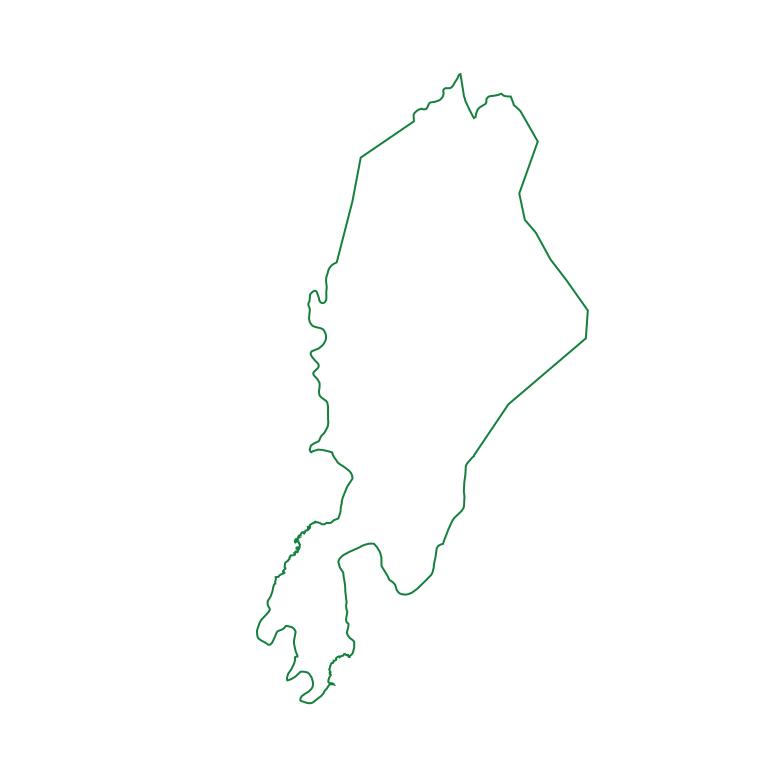 the district of Mon Repos, Praslin, Saint Lucia, rotated 124°
{"feature_id": "8701671B32794864311067", "entity_name": "Mon Repos", "entity_type": "district", "adm_level": 2, "iso_a3": "LCA", "parent_name": "Saint Lucia", "parent_adm1": "Praslin", "projection": "mercator", "projection_center": [-60.893, 13.858], "detail": "fine", "context": "isolated", "style": "outline", "palette": "green", "viewbox_px": 768, "rotation_deg": 124, "n_neighbors": 0, "source": "geoboundaries", "source_scale": "gbopen_adm2", "svg_char_len": 6129}
<svg xmlns="http://www.w3.org/2000/svg" viewBox="0 0 768 768"><g transform="rotate(124 384 384)"><path d="M84.3,493.9L85.1,494.5L86.5,494.7L88.8,494.1L90.6,494.0L94.6,493.9L97.7,493.6L100.3,493.9L102.1,495.0L104.4,498.5L106.2,499.2L107.9,498.9L109.2,497.4L111.7,496.2L113.6,495.9L116.5,496.3L118.2,497.0L120.6,498.8L122.2,500.2L124.4,502.8L125.3,503.3L126.9,503.4L130.4,502.8L132.4,502.8L134.1,504.5L134.7,506.6L135.2,507.3L137.3,508.7L139.4,509.6L142.1,510.2L144.2,510.0L149.6,506.1L209.3,529.9L250.0,512.4L309.6,491.2L312.6,492.9L313.8,493.4L315.7,493.9L318.2,494.1L321.0,493.7L323.2,492.8L327.3,491.7L330.6,490.0L335.9,485.5L340.4,483.1L344.2,480.3L347.0,478.8L349.2,478.8L350.9,479.6L351.7,480.8L351.7,482.3L351.0,484.2L348.7,486.6L345.3,491.1L345.1,492.0L345.1,493.1L345.8,493.9L347.7,494.8L350.3,495.3L351.3,495.2L356.9,492.1L359.6,491.7L360.4,491.3L363.5,487.2L371.5,482.9L374.0,480.4L375.4,477.4L375.7,475.1L375.1,472.8L373.1,467.5L372.8,465.0L373.3,463.4L375.2,460.3L376.5,459.0L378.8,457.5L380.7,456.8L383.4,456.5L386.4,456.6L391.1,458.0L397.3,462.2L398.7,462.3L400.2,461.6L401.0,460.4L402.0,458.2L403.2,453.9L404.0,450.1L404.4,449.2L405.7,448.1L407.1,447.7L408.3,447.8L413.2,448.9L414.0,448.9L415.3,448.2L416.1,446.8L417.1,442.2L419.0,438.2L422.0,436.0L426.6,433.7L429.3,431.4L429.9,429.8L430.2,428.1L430.4,422.5L430.8,421.3L431.5,420.2L434.0,417.8L443.6,411.3L447.0,408.7L450.3,407.0L453.2,406.5L458.3,406.1L461.2,406.8L463.0,406.9L467.3,406.1L468.3,406.3L471.9,408.5L474.8,409.8L476.1,410.1L479.7,409.0L480.3,408.6L481.4,406.4L481.2,406.1L479.4,405.3L475.2,401.9L473.1,398.2L470.9,392.6L469.7,388.7L471.2,387.0L472.5,384.6L475.0,378.2L475.2,375.5L475.0,371.1L475.4,364.5L475.7,363.2L476.3,361.5L477.7,359.3L479.6,357.5L480.6,357.2L489.9,357.1L500.6,354.8L503.7,353.9L505.9,352.9L506.3,352.4L509.9,351.1L514.8,348.4L521.0,346.6L524.7,349.3L528.7,350.4L529.8,351.5L531.3,353.9L532.7,354.6L533.6,354.8L535.0,357.1L535.1,359.3L535.5,361.0L536.2,362.2L536.6,364.1L536.9,364.3L537.6,363.9L539.6,365.4L542.2,366.5L544.2,365.3L544.3,366.6L545.1,367.2L545.7,366.6L545.5,365.9L545.2,365.5L545.8,365.1L546.1,365.1L546.7,366.0L547.0,366.0L547.4,365.4L547.9,365.4L549.4,367.1L552.4,366.5L552.6,367.1L552.1,368.3L552.4,368.7L553.2,369.1L554.9,369.1L555.7,368.6L557.5,369.8L558.5,369.7L559.0,369.0L558.7,368.5L560.4,369.4L560.9,369.2L561.4,368.2L562.5,369.2L562.3,369.6L561.6,369.8L562.0,370.4L564.0,370.2L565.0,369.1L564.9,368.8L563.6,368.7L563.0,367.5L562.9,365.9L563.9,365.2L564.0,364.0L566.7,362.6L568.0,364.7L569.1,364.9L569.4,364.4L569.1,363.6L568.5,362.9L567.9,362.9L568.2,362.2L569.7,362.3L570.2,362.5L571.2,361.7L571.8,361.7L572.0,361.9L571.8,362.9L572.1,363.5L572.4,363.7L573.3,363.1L574.3,363.8L574.6,362.8L575.2,362.4L576.7,363.4L578.2,365.4L578.8,365.6L579.7,365.1L580.2,365.4L580.9,365.3L581.7,364.5L583.6,364.9L584.3,364.7L585.0,365.1L586.9,365.8L588.0,365.8L591.4,364.0L591.7,362.8L592.3,362.5L594.5,363.1L595.3,363.1L596.2,362.8L596.4,362.1L595.9,361.5L595.9,361.1L596.3,360.9L600.0,363.2L601.0,363.6L602.9,363.7L604.7,365.8L606.1,364.6L608.7,363.7L610.2,362.5L610.7,362.9L611.8,362.9L613.6,362.5L618.7,360.4L623.5,359.2L628.9,359.0L631.5,357.5L632.6,356.3L634.0,353.4L635.0,352.4L638.1,352.2L648.4,353.9L651.9,353.5L659.5,351.4L662.2,349.4L663.7,348.0L664.8,346.7L665.1,345.6L665.3,344.4L665.2,341.2L664.8,337.7L664.8,334.2L664.5,333.5L663.7,332.6L661.2,332.1L656.2,332.8L650.6,333.9L648.6,334.0L644.1,331.0L642.3,330.3L639.7,330.1L638.8,329.1L637.2,324.6L637.1,322.8L637.6,320.9L638.4,319.2L639.2,318.5L647.3,315.0L649.8,313.2L653.9,309.0L655.5,307.1L657.5,304.0L658.4,303.4L659.8,304.9L660.7,304.8L662.6,303.4L665.9,302.2L672.4,301.3L678.0,301.4L681.5,300.2L682.7,299.6L683.6,298.8L683.7,298.4L682.2,297.0L679.7,295.5L676.0,293.8L669.3,292.3L668.0,290.7L666.6,288.0L665.9,285.8L666.2,283.8L667.8,279.9L669.8,277.4L671.3,275.9L672.5,275.1L674.0,274.2L675.5,273.8L677.4,273.7L681.1,274.4L684.4,276.0L688.6,277.6L690.7,277.6L692.8,276.7L693.2,275.5L691.2,268.7L689.5,266.1L687.9,265.0L677.8,261.6L674.3,261.2L671.8,261.6L668.5,261.1L664.8,261.2L663.1,260.7L662.5,260.3L661.2,257.4L660.9,258.1L661.0,259.4L662.5,262.0L662.2,263.4L660.5,264.6L659.2,264.8L658.3,265.3L655.5,265.3L654.8,265.5L654.8,266.8L653.9,267.4L653.7,267.1L652.9,267.1L652.8,267.9L652.3,268.0L651.4,269.7L650.7,270.0L649.7,270.0L648.0,270.9L646.9,270.9L645.8,271.4L644.7,271.3L643.7,270.8L643.7,270.4L642.7,270.4L641.5,271.0L640.7,270.0L639.7,269.5L639.1,269.5L638.5,270.2L637.8,270.4L636.8,270.1L635.0,269.0L634.7,268.5L635.2,268.0L633.2,267.1L632.0,265.9L630.2,266.1L629.7,265.5L629.9,263.6L629.1,263.0L628.7,262.3L629.7,261.4L630.0,260.6L629.6,259.9L629.2,259.8L628.3,260.2L626.1,259.5L624.5,259.5L619.4,261.2L614.4,264.5L613.8,266.7L613.7,269.9L613.4,271.3L612.5,273.6L611.4,275.2L610.8,275.8L604.8,278.0L603.3,278.9L602.6,279.5L602.4,281.5L601.5,283.0L600.1,284.0L593.4,287.0L591.5,289.4L589.5,291.1L587.8,292.1L586.3,292.6L577.7,300.0L573.7,302.9L570.0,306.1L566.8,309.3L563.2,312.3L560.8,318.0L556.8,322.6L554.1,323.1L550.4,322.6L548.4,321.9L542.6,318.9L533.2,313.0L530.6,311.8L527.5,309.6L524.8,307.1L523.3,305.1L522.1,303.0L523.2,298.4L524.5,296.0L525.0,294.5L526.2,292.6L529.3,289.1L535.9,284.6L536.4,284.0L541.2,273.6L543.4,270.1L543.4,265.9L544.1,262.6L547.5,258.5L548.6,255.8L548.8,253.5L548.3,251.6L546.4,248.1L544.3,246.1L541.3,244.1L535.4,242.0L523.2,239.4L515.8,238.1L513.2,238.4L508.6,240.0L505.7,241.7L498.7,244.5L490.8,248.4L488.3,248.6L485.8,247.5L483.5,245.7L479.6,246.8L468.1,249.4L458.9,250.9L455.5,250.8L446.0,248.7L442.5,248.7L440.5,249.4L432.4,254.3L428.2,257.9L420.5,262.5L413.4,266.0L406.2,270.3L403.6,270.7L396.0,269.8L393.3,269.1L392.5,269.5L331.2,269.5L233.3,242.2L209.1,256.1L195.7,291.5L187.6,315.7L173.7,342.6L169.1,359.1L150.4,378.4L97.0,392.1L81.5,423.4L80.5,428.9L80.2,432.3L78.5,434.3L74.8,439.7L76.6,442.5L78.0,445.7L77.8,449.1L80.8,451.2L84.7,455.3L84.7,455.7L87.3,458.0L89.3,458.4L90.5,458.4L93.4,456.6L94.9,456.5L100.9,459.2L103.0,459.7L104.9,459.7L108.7,458.7L111.3,457.4L113.3,458.2L108.7,466.7L103.7,475.0L102.2,476.5L100.9,478.4L84.3,493.9Z" fill="none" stroke="#15803d" stroke-width="2"/></g></svg>